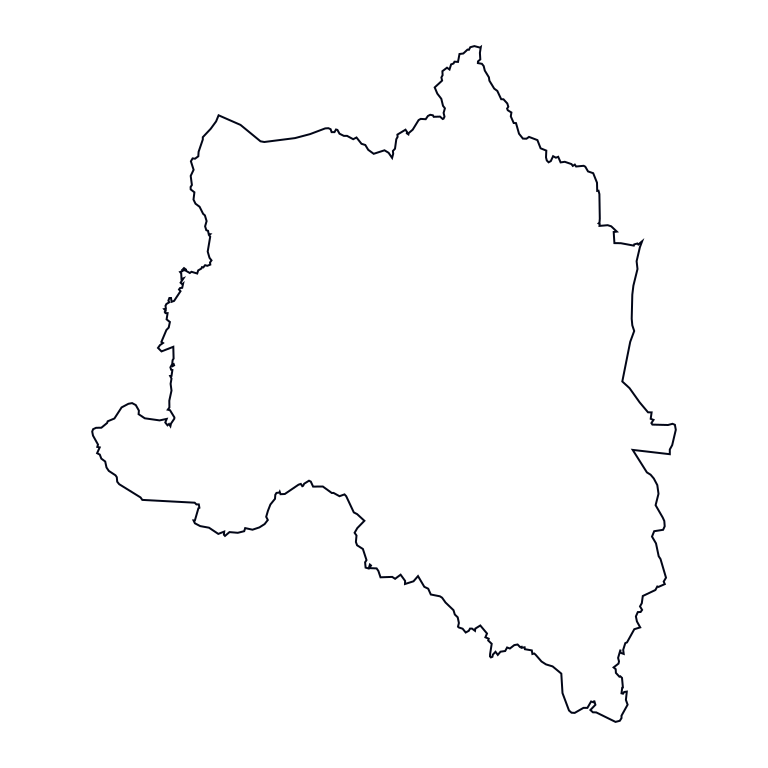 Mazamitla, Jalisco, Mexico (Natural Earth projection)
{"feature_id": "50627088B5705266503054", "entity_name": "Mazamitla", "entity_type": "district", "adm_level": 2, "iso_a3": "MEX", "parent_name": "Mexico", "parent_adm1": "Jalisco", "projection": "natural_earth1", "projection_center": [-103.078, 19.891], "detail": "fine", "context": "isolated", "style": "outline", "palette": "ink", "viewbox_px": 768, "rotation_deg": 0, "n_neighbors": 0, "source": "geoboundaries", "source_scale": "gbopen_adm2", "svg_char_len": 6084}
<svg xmlns="http://www.w3.org/2000/svg" viewBox="0 0 768 768"><path d="M128.4,403.8L121.6,407.4L114.4,418.5L107.7,421.3L107.1,423.0L101.4,427.7L96.1,427.8L93.1,429.2L92.2,431.6L93.0,435.6L98.0,444.6L97.3,446.9L99.7,447.4L97.1,453.2L99.8,454.6L101.3,458.6L105.2,461.5L106.5,467.5L108.8,470.9L115.5,475.3L116.8,477.2L117.2,481.7L119.2,484.2L140.5,497.4L142.3,499.9L194.7,502.7L196.4,504.4L198.8,504.4L199.4,507.8L198.4,508.3L194.9,520.4L193.5,520.4L194.9,523.3L200.2,526.1L209.0,527.7L218.3,533.9L224.2,531.6L223.9,534.7L225.0,535.9L229.5,532.1L237.8,532.8L244.2,531.2L245.2,528.1L252.5,529.7L259.4,527.4L264.6,524.1L267.8,520.0L266.2,516.8L267.9,510.9L270.4,504.5L275.0,498.8L275.3,494.8L276.5,492.9L279.3,492.6L279.7,491.8L280.5,494.2L284.8,494.0L298.5,484.7L300.8,483.9L302.3,486.2L303.1,485.8L304.2,483.7L309.0,480.7L310.8,481.6L313.1,486.6L322.8,486.5L331.8,493.0L333.5,492.9L339.5,496.2L344.5,494.4L346.2,496.2L353.8,512.4L357.1,514.1L364.4,520.8L357.3,528.1L354.6,532.8L356.5,535.5L355.9,542.0L357.1,545.3L362.9,549.0L366.5,560.1L365.1,562.3L365.6,567.6L368.7,568.5L369.9,564.6L371.0,565.5L369.3,568.1L376.6,568.4L378.4,571.0L380.5,577.3L392.2,576.9L395.1,578.8L400.6,574.7L405.1,580.9L405.0,584.0L413.5,581.3L418.0,576.1L424.3,586.8L428.2,588.7L430.8,594.5L439.9,596.3L442.1,597.7L445.5,602.5L453.5,610.2L454.8,614.5L457.7,617.3L458.9,623.0L458.0,626.7L458.9,627.5L462.6,628.7L465.7,632.5L468.8,630.8L470.0,628.6L472.0,628.6L475.0,630.8L475.3,628.6L480.3,625.5L487.0,633.5L485.4,637.3L488.7,638.7L488.2,640.5L491.7,643.8L490.1,654.1L490.0,656.4L490.9,657.4L492.4,656.8L492.9,654.6L495.5,651.8L497.8,654.9L500.5,651.7L505.2,651.0L507.1,647.5L509.9,648.5L514.3,645.1L517.6,644.5L520.0,647.0L521.6,646.8L521.6,647.8L524.6,647.3L524.9,649.2L531.8,650.4L532.4,654.0L534.2,653.5L535.5,654.6L541.5,661.5L546.0,664.4L552.6,666.4L561.3,673.6L562.5,693.1L569.0,710.5L571.5,712.7L574.7,712.9L583.4,707.9L587.4,707.9L591.1,701.5L593.8,702.4L594.2,700.6L595.4,704.8L590.4,710.0L592.9,712.3L596.2,712.4L615.5,721.9L619.8,720.8L621.5,718.1L621.5,715.7L627.6,704.7L625.9,699.9L626.8,691.6L624.2,692.0L623.0,693.7L621.5,693.3L622.2,687.7L622.9,687.5L622.0,677.9L620.3,676.3L619.4,676.7L615.9,672.9L615.7,669.2L613.6,667.4L618.5,663.6L619.0,661.4L618.1,657.9L620.5,649.6L620.3,652.7L623.7,653.9L623.2,649.8L625.3,643.1L627.0,642.4L634.3,629.2L640.2,627.4L636.9,621.4L635.9,616.4L637.8,612.1L640.6,612.0L642.1,609.9L640.0,606.4L641.8,603.2L642.8,596.0L655.4,590.0L657.3,586.5L658.5,586.9L664.8,584.1L663.7,581.6L666.0,577.7L660.5,559.0L658.7,556.3L656.0,543.4L652.0,536.6L654.2,531.2L663.1,529.8L664.7,526.3L664.3,521.0L662.7,517.5L655.6,505.2L658.5,493.8L657.3,485.1L653.8,478.5L650.6,474.7L646.9,472.4L632.7,449.9L669.8,454.2L669.8,449.5L672.2,445.1L675.8,429.8L674.9,424.8L672.5,423.8L668.0,425.0L652.4,424.6L651.4,423.1L653.5,419.9L650.7,418.8L651.6,412.4L648.0,412.3L639.6,402.3L629.5,388.1L622.3,381.5L630.2,341.9L634.2,331.0L632.3,325.3L631.7,318.7L632.3,294.7L633.4,285.6L637.5,269.0L636.6,261.2L639.9,247.2L642.1,241.3L638.3,244.5L637.4,243.5L634.2,244.4L633.8,245.6L620.8,243.2L614.4,243.1L613.7,232.0L616.8,231.6L611.2,226.3L607.7,225.2L599.5,225.9L599.7,224.0L598.6,223.4L599.5,222.5L599.8,218.7L599.4,194.1L598.5,190.7L597.2,190.9L597.0,182.7L593.2,173.2L588.0,171.4L585.3,166.7L583.7,165.8L576.1,166.5L574.8,164.6L572.8,165.9L571.5,164.1L564.8,161.8L560.6,162.4L558.2,156.8L555.9,157.7L553.1,156.2L550.8,161.1L548.6,162.3L546.8,160.5L546.0,157.4L546.3,150.6L540.6,148.3L537.4,140.1L529.0,136.9L526.5,138.7L522.9,138.6L519.0,133.7L516.0,123.1L513.7,123.0L510.8,116.4L511.4,112.5L507.8,110.3L507.1,108.6L508.3,106.7L507.3,103.5L503.5,99.3L501.2,99.2L497.3,90.9L494.2,88.6L489.4,80.7L488.9,77.3L484.8,70.6L483.7,66.1L481.9,63.8L477.9,63.1L478.0,61.4L480.3,59.4L479.9,52.9L480.8,47.0L480.0,47.6L474.4,46.1L470.3,47.2L468.9,49.8L467.5,49.6L463.3,53.5L459.5,54.0L458.0,61.9L454.5,61.7L453.5,63.5L451.1,64.4L449.5,69.5L447.0,67.7L442.4,71.2L442.6,75.2L441.4,77.4L442.1,80.6L434.7,87.4L437.3,93.6L441.3,98.8L443.0,105.8L444.9,108.3L443.6,112.9L444.5,116.7L443.5,118.7L442.7,119.0L440.0,116.6L433.7,116.8L432.9,115.3L430.2,114.8L427.9,116.0L425.7,119.2L420.7,118.9L418.6,120.1L412.7,129.7L408.7,133.1L408.4,134.4L406.8,133.3L407.1,132.1L405.5,129.7L397.4,134.6L397.6,136.9L396.3,139.2L395.0,148.7L392.9,151.0L393.2,153.8L392.1,157.9L388.6,152.8L384.5,150.3L373.7,153.8L368.2,149.8L365.3,145.0L361.5,143.8L356.5,137.5L353.2,139.2L347.1,135.9L343.9,135.9L339.5,133.7L337.4,129.9L336.0,129.5L334.5,132.1L331.6,132.1L330.6,129.2L328.4,128.2L325.2,128.4L310.1,134.1L295.0,138.1L264.3,142.0L260.5,141.3L240.5,124.9L218.6,115.3L216.1,121.4L210.7,128.8L202.8,137.2L202.8,139.5L198.6,151.8L198.3,156.3L195.0,158.7L192.6,158.4L190.9,161.3L193.6,169.8L190.7,175.9L191.9,185.0L190.6,187.0L190.7,189.4L194.4,192.3L193.5,199.6L195.5,203.7L199.6,206.8L203.1,213.8L204.9,215.4L206.6,221.1L205.1,226.3L206.3,230.2L208.0,230.8L208.7,234.0L210.2,234.2L209.1,235.2L210.2,236.7L207.7,251.6L209.5,257.8L211.5,260.4L210.0,262.5L210.3,264.6L207.3,265.8L205.1,265.2L203.3,267.4L202.0,267.1L201.3,268.6L198.2,270.4L197.2,273.5L191.5,271.8L189.8,273.0L186.0,270.8L186.0,269.6L184.0,268.1L183.3,268.8L184.4,270.3L182.2,270.2L182.3,271.2L180.1,272.0L181.2,273.4L181.5,279.1L183.5,278.3L180.6,282.7L182.3,284.3L183.1,283.6L182.2,287.8L180.0,288.1L179.0,289.5L180.5,291.2L174.1,300.9L171.6,301.8L171.0,298.0L169.4,298.0L168.4,300.6L169.2,302.3L166.4,304.0L165.5,305.8L165.9,308.8L164.2,309.1L165.7,310.8L164.8,312.0L165.5,313.1L167.6,313.1L166.6,319.4L169.9,322.0L168.7,327.6L166.4,330.0L161.4,341.9L163.0,343.0L160.0,345.1L158.0,347.9L161.5,351.4L173.3,346.8L173.6,358.6L172.6,360.2L172.2,364.1L173.6,363.9L174.1,365.3L172.7,366.1L172.0,364.5L170.4,367.3L171.1,369.7L172.4,370.0L171.5,375.9L170.2,376.0L171.5,378.6L170.6,383.8L171.5,390.6L169.3,400.7L169.4,407.5L167.8,409.7L170.0,410.2L174.4,417.4L174.3,418.7L171.0,423.6L170.4,426.2L169.0,424.0L167.5,425.3L165.3,422.5L166.7,418.9L159.6,420.4L144.8,418.3L138.6,414.2L138.9,410.6L135.8,405.1L132.1,403.1L128.4,403.8Z" fill="none" stroke="#020617" stroke-width="2"/></svg>